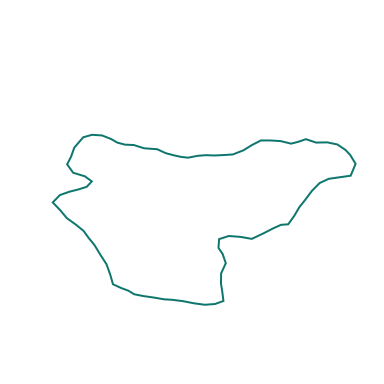 the district of Olímpio Noronha, Minas Gerais, Brazil, rotated 34°
{"feature_id": "56859067B75972300711014", "entity_name": "Olímpio Noronha", "entity_type": "district", "adm_level": 2, "iso_a3": "BRA", "parent_name": "Brazil", "parent_adm1": "Minas Gerais", "projection": "mercator", "projection_center": [-45.284, -22.085], "detail": "fine", "context": "isolated", "style": "outline", "palette": "teal", "viewbox_px": 384, "rotation_deg": 34, "n_neighbors": 0, "source": "geoboundaries", "source_scale": "gbopen_adm2", "svg_char_len": 1195}
<svg xmlns="http://www.w3.org/2000/svg" viewBox="0 0 384 384"><g transform="rotate(34 192 192)"><path d="M311.9,77.2L302.4,72.8L295.7,71.3L286.0,71.3L276.4,75.2L267.3,81.6L256.9,84.5L252.1,90.9L247.1,96.5L237.1,100.2L228.9,105.0L220.3,110.7L215.4,119.6L211.3,128.7L204.9,138.0L198.6,142.9L190.0,149.3L182.9,153.7L176.5,158.8L169.5,165.8L163.1,169.1L156.0,171.9L148.5,174.5L139.2,176.0L127.9,182.5L117.5,185.6L110.0,190.2L102.5,192.8L95.4,193.3L85.8,195.4L77.1,200.5L71.2,207.5L69.6,221.1L72.0,230.4L73.0,238.9L82.7,242.5L94.4,238.9L103.0,239.2L101.8,246.6L96.3,253.5L90.2,260.3L84.2,268.4L82.4,278.5L92.9,280.8L103.0,283.7L114.2,284.0L123.9,284.9L131.8,287.8L141.0,290.6L151.2,295.3L161.5,299.7L170.5,306.3L178.1,312.7L187.0,311.2L194.4,309.4L201.2,309.1L209.8,305.5L219.9,300.6L228.8,296.6L235.6,292.6L245.4,287.6L255.8,283.2L265.7,278.3L273.7,272.0L279.0,264.8L272.3,257.1L267.3,251.8L261.7,243.3L259.8,232.1L252.1,226.3L245.2,223.5L240.8,215.9L247.1,207.9L257.3,202.1L267.8,197.4L274.5,186.1L279.6,176.8L284.2,169.4L289.8,165.0L290.1,155.0L289.5,144.6L290.2,135.7L290.8,123.9L292.8,113.2L297.9,104.7L305.5,97.8L314.4,89.8L311.9,77.2Z" fill="none" stroke="#0f766e" stroke-width="2"/></g></svg>